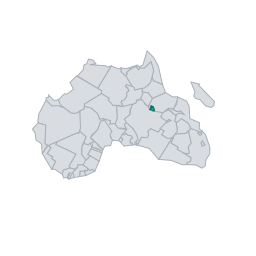 Burundi on a map of Africa (Mercator projection), rotated 301°
{"feature_id": "BDI", "entity_name": "Burundi", "entity_type": "country or territory", "adm_level": 0, "iso_a3": "BDI", "parent_name": "Africa", "parent_adm1": "", "projection": "mercator", "projection_center": [29.996, -3.384], "detail": "fine", "context": "in_parent", "style": "filled", "palette": "teal", "viewbox_px": 256, "rotation_deg": 301, "n_neighbors": 49, "source": "natural_earth", "source_scale": "50m", "svg_char_len": 10640}
<svg xmlns="http://www.w3.org/2000/svg" viewBox="0 0 256 256"><g transform="rotate(301 128 128)"><path d="M166.0,133.6L177.7,141.9L177.7,150.3L180.2,154.5L178.4,155.8L167.4,157.2L165.6,152.4L159.0,150.0L156.5,146.0L155.9,141.5L159.0,138.9L158.3,134.0L166.0,133.6Z" fill="#d9dde1" stroke="#a8b0b8" stroke-width="1"/><path d="M71.7,68.4L71.7,72.2L64.5,72.0L64.5,78.3L62.5,78.5L62.3,83.2L53.2,84.0L62.0,67.7L71.7,68.4Z" fill="#d9dde1" stroke="#a8b0b8" stroke-width="1"/><path d="M155.9,141.5L159.0,150.0L154.5,150.4L153.7,157.8L156.5,158.7L156.7,161.1L151.1,157.4L140.0,156.2L139.0,147.7L135.4,146.9L133.0,149.2L129.6,149.4L127.1,144.5L117.9,144.3L121.0,141.5L123.2,142.5L126.4,139.3L130.0,132.4L132.0,122.2L134.0,120.3L140.5,122.6L147.7,119.9L151.5,119.9L153.9,122.0L156.7,121.3L159.9,126.6L157.1,130.2L155.9,141.5Z" fill="#d9dde1" stroke="#a8b0b8" stroke-width="1"/><path d="M183.0,135.2L181.6,125.3L184.2,122.1L190.4,120.4L196.7,113.7L187.6,111.1L185.1,108.0L186.4,106.0L189.7,108.3L204.0,104.7L201.7,113.6L196.6,122.2L183.0,135.2Z" fill="#d9dde1" stroke="#a8b0b8" stroke-width="1"/><path d="M177.7,141.9L166.0,133.6L168.5,127.3L166.2,122.1L169.1,119.3L175.3,123.5L183.6,122.8L181.6,125.3L183.0,135.2L177.7,141.9Z" fill="#d9dde1" stroke="#a8b0b8" stroke-width="1"/><path d="M145.3,113.2L143.6,112.2L142.9,111.6L143.1,109.1L139.5,103.4L141.9,96.4L143.8,96.5L143.7,86.3L146.3,86.3L146.3,81.6L172.5,81.6L173.9,89.6L175.9,91.0L172.5,93.4L171.2,101.2L166.8,107.8L166.1,112.2L163.4,104.2L160.3,109.7L157.3,108.6L155.0,110.6L150.1,110.5L146.4,108.6L143.8,112.4L145.3,113.2Z" fill="#d9dde1" stroke="#a8b0b8" stroke-width="1"/><path d="M143.7,87.3L143.8,96.5L141.9,96.4L139.5,103.4L141.5,106.7L130.7,114.0L124.8,115.0L121.8,110.3L125.2,109.3L123.2,101.7L120.9,99.4L124.7,94.2L126.1,85.4L123.8,79.5L126.0,78.2L143.7,87.3Z" fill="#d9dde1" stroke="#a8b0b8" stroke-width="1"/><path d="M127.1,197.5L128.2,196.3L131.8,198.7L135.0,197.2L135.0,188.1L137.2,193.2L138.8,192.9L142.5,189.3L147.7,189.9L156.1,181.6L160.0,182.0L161.6,187.1L161.4,190.7L159.6,190.5L158.9,193.0L160.2,194.3L163.6,192.9L162.2,198.0L153.4,208.3L148.0,211.4L140.9,211.2L135.4,213.7L131.6,211.9L131.3,205.4L127.1,197.5ZM155.1,198.5L153.1,198.2L150.7,200.8L153.1,202.5L155.1,198.5Z" fill="#d9dde1" stroke="#a8b0b8" stroke-width="1"/><path d="M155.1,198.5L153.1,202.5L150.7,200.8L153.1,198.2L155.1,198.5Z" fill="#d9dde1" stroke="#a8b0b8" stroke-width="1"/><path d="M160.0,182.0L153.0,180.2L146.9,171.4L150.8,171.9L157.9,166.2L163.6,169.0L163.2,177.4L160.0,182.0Z" fill="#d9dde1" stroke="#a8b0b8" stroke-width="1"/><path d="M156.1,181.6L147.7,189.9L142.5,189.3L138.8,192.9L137.2,193.2L135.0,188.1L135.0,181.1L137.2,181.0L137.2,172.6L146.9,171.4L153.0,180.2L156.1,181.6Z" fill="#d9dde1" stroke="#a8b0b8" stroke-width="1"/><path d="M135.0,181.1L135.0,197.2L131.8,198.7L128.2,196.3L127.1,197.5L124.6,193.8L122.5,181.7L116.9,170.4L146.4,171.0L137.2,172.6L137.2,181.0L135.0,181.1Z" fill="#d9dde1" stroke="#a8b0b8" stroke-width="1"/><path d="M54.0,101.1L52.0,98.5L55.3,94.6L58.7,94.2L64.0,98.8L65.5,103.7L54.0,103.9L53.7,102.1L60.3,101.3L54.0,101.1Z" fill="#d9dde1" stroke="#a8b0b8" stroke-width="1"/><path d="M65.5,103.7L64.0,98.8L65.1,97.0L78.7,96.8L76.7,74.4L80.1,74.4L97.9,87.0L97.9,88.5L100.4,88.3L99.0,96.6L88.6,98.0L82.1,101.4L79.0,108.4L73.2,108.8L70.8,104.1L68.5,105.1L65.5,103.7Z" fill="#d9dde1" stroke="#a8b0b8" stroke-width="1"/><path d="M53.2,84.0L62.3,83.2L62.5,78.5L64.5,78.3L64.5,72.0L71.7,72.2L71.7,68.4L80.1,74.4L76.7,74.4L78.7,96.8L65.1,97.0L64.0,98.8L58.7,94.2L54.5,95.3L54.9,86.1L53.2,84.0Z" fill="#d9dde1" stroke="#a8b0b8" stroke-width="1"/><path d="M96.9,117.6L95.1,117.9L94.6,111.2L92.7,108.2L97.3,104.2L99.4,107.6L97.0,112.6L96.9,117.6Z" fill="#d9dde1" stroke="#a8b0b8" stroke-width="1"/><path d="M123.8,79.5L126.1,85.4L124.7,94.2L120.9,99.4L123.2,101.7L122.3,103.7L119.9,101.1L110.9,102.9L103.0,100.5L100.0,101.3L98.9,105.5L93.2,102.8L91.8,98.1L99.0,96.6L100.4,88.3L117.5,78.0L122.2,80.4L123.8,79.5Z" fill="#d9dde1" stroke="#a8b0b8" stroke-width="1"/><path d="M96.9,117.6L100.6,100.8L110.9,102.9L119.9,101.1L123.2,104.6L116.9,116.0L111.4,117.2L109.8,120.9L104.0,122.1L100.5,117.6L96.9,117.6Z" fill="#d9dde1" stroke="#a8b0b8" stroke-width="1"/><path d="M123.0,102.8L125.2,109.3L121.8,110.3L125.1,114.4L123.0,121.0L126.2,127.7L112.3,126.4L109.7,121.5L110.3,119.4L113.3,115.9L116.9,116.0L123.0,102.8Z" fill="#d9dde1" stroke="#a8b0b8" stroke-width="1"/><path d="M92.9,107.0L95.1,117.9L93.3,118.4L90.8,107.7L92.9,107.0Z" fill="#d9dde1" stroke="#a8b0b8" stroke-width="1"/><path d="M91.0,107.0L93.3,118.4L84.6,120.4L84.4,107.1L91.0,107.0Z" fill="#d9dde1" stroke="#a8b0b8" stroke-width="1"/><path d="M73.2,108.8L77.2,108.1L84.7,110.1L84.6,120.4L73.9,121.8L74.2,118.8L71.9,117.2L73.2,108.8Z" fill="#d9dde1" stroke="#a8b0b8" stroke-width="1"/><path d="M60.6,103.4L68.5,105.1L70.8,104.1L73.2,108.8L72.6,114.4L70.6,115.3L69.4,112.5L67.7,113.0L66.4,109.2L61.6,111.7L57.5,106.9L60.6,103.4Z" fill="#d9dde1" stroke="#a8b0b8" stroke-width="1"/><path d="M54.0,103.9L60.6,103.4L60.5,105.2L57.5,106.9L54.0,103.9Z" fill="#d9dde1" stroke="#a8b0b8" stroke-width="1"/><path d="M72.3,114.4L71.9,117.2L74.2,118.8L73.9,121.8L65.6,116.4L68.3,112.8L70.6,115.3L72.3,114.4Z" fill="#d9dde1" stroke="#a8b0b8" stroke-width="1"/><path d="M61.6,111.7L66.4,109.2L68.3,112.8L65.6,116.4L61.6,111.7Z" fill="#d9dde1" stroke="#a8b0b8" stroke-width="1"/><path d="M79.0,108.4L81.5,102.0L88.6,98.0L91.8,98.1L93.2,102.8L95.8,103.3L92.9,107.0L84.4,107.1L84.7,110.1L79.0,108.4Z" fill="#d9dde1" stroke="#a8b0b8" stroke-width="1"/><path d="M151.5,119.9L145.0,120.2L140.5,122.6L134.0,120.3L131.8,123.7L128.9,123.2L126.4,126.5L122.9,119.4L124.8,115.0L130.7,114.0L141.5,106.7L142.9,111.6L151.5,119.9Z" fill="#d9dde1" stroke="#a8b0b8" stroke-width="1"/><path d="M131.8,123.7L130.0,132.4L126.4,139.3L123.2,142.5L118.9,141.3L117.3,142.7L115.5,140.3L117.2,139.1L116.3,137.6L118.8,135.8L121.9,137.0L122.9,134.4L121.6,131.4L122.5,128.8L120.3,128.6L119.9,126.5L126.2,127.7L128.9,123.2L131.8,123.7Z" fill="#d9dde1" stroke="#a8b0b8" stroke-width="1"/><path d="M115.9,126.5L119.6,126.4L120.3,128.6L122.5,128.8L121.6,131.4L122.9,134.4L121.9,137.0L118.8,135.8L116.3,137.6L117.2,139.1L115.5,140.3L110.4,134.0L112.0,129.3L115.9,129.2L115.9,126.5Z" fill="#d9dde1" stroke="#a8b0b8" stroke-width="1"/><path d="M112.3,126.4L115.9,126.5L115.9,129.2L112.0,129.3L112.3,126.4Z" fill="#d9dde1" stroke="#a8b0b8" stroke-width="1"/><path d="M159.0,150.0L164.5,153.0L163.3,162.1L164.4,162.7L157.7,164.6L157.9,166.2L150.8,171.9L142.3,170.9L139.4,167.6L139.5,160.3L144.1,160.3L143.9,155.8L151.1,157.4L156.7,161.1L156.5,158.7L153.7,157.8L153.9,151.9L155.1,150.2L159.0,150.0Z" fill="#d9dde1" stroke="#a8b0b8" stroke-width="1"/><path d="M163.4,152.0L166.8,154.1L167.4,161.8L169.9,164.2L168.5,169.2L167.2,164.2L163.3,162.1L165.0,154.9L163.4,152.0Z" fill="#d9dde1" stroke="#a8b0b8" stroke-width="1"/><path d="M167.4,157.2L173.9,157.3L180.2,154.5L181.2,164.4L178.3,169.0L167.9,176.2L169.4,186.5L164.0,189.5L163.6,192.9L161.9,192.9L160.0,182.0L163.2,177.4L163.6,169.0L158.1,167.1L157.7,164.6L164.4,162.7L167.2,164.2L168.5,169.2L169.9,164.2L167.4,161.8L167.4,157.2Z" fill="#d9dde1" stroke="#a8b0b8" stroke-width="1"/><path d="M161.9,192.9L160.2,194.3L158.9,193.0L159.6,190.5L161.9,192.9Z" fill="#d9dde1" stroke="#a8b0b8" stroke-width="1"/><path d="M117.3,142.7L118.9,142.6L117.9,144.3L117.3,142.7ZM118.2,145.0L127.1,144.5L129.6,149.4L133.0,149.2L135.4,146.9L139.0,147.7L140.0,156.2L144.1,156.5L144.1,160.3L139.5,160.3L139.4,167.6L142.3,170.9L116.9,170.4L121.4,156.7L118.2,145.0Z" fill="#d9dde1" stroke="#a8b0b8" stroke-width="1"/><path d="M199.8,158.3L202.4,166.7L200.9,166.7L195.2,188.5L191.4,190.1L188.4,188.6L186.9,183.3L189.3,175.4L188.2,170.6L189.3,167.9L193.4,166.9L199.8,158.3Z" fill="#d9dde1" stroke="#a8b0b8" stroke-width="1"/><path d="M53.7,102.1L57.6,100.5L60.3,101.3L53.7,102.1Z" fill="#d9dde1" stroke="#a8b0b8" stroke-width="1"/><path d="M111.9,61.1L107.6,51.2L109.6,43.4L112.0,42.3L113.5,44.0L115.4,43.0L113.4,50.5L116.4,53.7L111.9,61.1Z" fill="#d9dde1" stroke="#a8b0b8" stroke-width="1"/><path d="M71.7,68.4L71.8,64.8L88.1,56.0L86.1,48.3L88.3,46.8L94.2,44.3L109.6,43.4L107.6,51.2L111.0,56.4L112.6,63.3L111.6,71.7L113.8,75.8L117.5,78.0L103.5,87.3L97.9,88.5L97.9,87.0L71.7,68.4Z" fill="#d9dde1" stroke="#a8b0b8" stroke-width="1"/><path d="M171.6,99.2L172.5,93.4L175.9,91.0L177.8,95.8L186.3,103.2L184.7,103.5L179.5,99.0L171.6,99.2Z" fill="#d9dde1" stroke="#a8b0b8" stroke-width="1"/><path d="M62.0,67.7L69.8,62.0L70.4,55.2L75.7,51.1L77.8,46.7L86.1,48.3L88.1,56.0L71.8,64.8L71.8,67.7L62.0,67.7Z" fill="#d9dde1" stroke="#a8b0b8" stroke-width="1"/><path d="M172.5,81.6L146.3,81.6L146.6,57.8L154.9,59.6L159.5,57.8L161.7,59.5L166.8,58.7L168.2,63.1L166.5,67.4L162.5,62.5L169.9,76.9L169.6,78.9L172.5,81.6Z" fill="#d9dde1" stroke="#a8b0b8" stroke-width="1"/><path d="M146.1,57.0L146.3,86.3L143.7,87.3L126.0,78.2L122.2,80.4L113.8,75.8L111.6,71.7L113.0,58.3L116.4,53.7L124.7,56.0L125.7,58.3L133.2,61.2L137.1,54.8L146.1,57.0Z" fill="#d9dde1" stroke="#a8b0b8" stroke-width="1"/><path d="M196.7,113.7L190.4,120.4L178.5,123.9L171.0,121.6L163.9,114.2L171.6,99.2L174.1,99.7L174.8,98.0L183.0,101.5L184.7,103.5L183.3,106.9L185.6,107.2L187.6,111.1L196.7,113.7Z" fill="#d9dde1" stroke="#a8b0b8" stroke-width="1"/><path d="M184.7,103.5L186.8,103.9L185.6,107.2L183.3,106.9L184.7,103.5Z" fill="#d9dde1" stroke="#a8b0b8" stroke-width="1"/><path d="M166.0,133.6L156.4,134.5L160.1,123.1L166.2,122.1L167.2,123.6L168.5,127.3L166.0,133.6Z" fill="#d9dde1" stroke="#a8b0b8" stroke-width="1"/><path d="M158.3,134.0L159.0,136.6L155.2,137.8L155.8,135.1L158.3,134.0Z" fill="#d9dde1" stroke="#a8b0b8" stroke-width="1"/><path d="M159.2,123.7L156.7,121.3L152.9,121.7L143.8,112.4L148.0,108.3L150.1,110.5L155.0,110.6L157.3,108.6L160.3,109.7L162.6,106.8L161.9,104.8L164.4,104.3L166.1,112.2L163.9,114.2L169.1,119.3L164.8,123.1L159.2,123.7Z" fill="#d9dde1" stroke="#a8b0b8" stroke-width="1"/><path d="M158.6,136.8L158.3,137.3L158.4,137.5L158.3,137.9L158.5,138.0L158.9,138.1L159.1,138.1L159.1,138.3L159.1,138.6L158.8,138.8L158.7,138.9L158.7,139.0L158.3,139.4L158.2,139.6L158.2,139.8L157.9,140.0L157.7,140.3L157.7,140.5L157.2,141.0L156.8,141.3L156.7,141.4L156.0,141.4L156.0,141.0L155.9,140.6L155.6,140.2L155.6,139.7L155.6,139.2L155.6,138.9L155.6,138.4L155.5,138.0L155.3,137.8L155.2,137.7L155.2,137.4L155.3,137.3L155.3,137.2L155.6,137.3L155.8,137.4L155.9,137.7L156.0,137.7L156.6,137.7L156.9,137.6L157.0,137.5L157.1,137.4L157.1,137.1L157.2,136.7L157.3,136.7L157.5,136.8L157.9,136.7L158.2,136.6L158.4,136.8L158.5,136.8L158.6,136.8Z" fill="#14b8a6" stroke="#0f766e" stroke-width="1.5"/></g></svg>